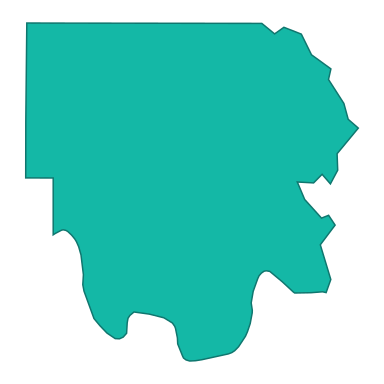 Marshall, Oklahoma, United States of America
{"feature_id": "52423323B10683524910186", "entity_name": "Marshall", "entity_type": "district", "adm_level": 2, "iso_a3": "USA", "parent_name": "United States of America", "parent_adm1": "Oklahoma", "projection": "natural_earth1", "projection_center": [-96.746, 33.999], "detail": "fine", "context": "isolated", "style": "filled", "palette": "teal", "viewbox_px": 384, "rotation_deg": 0, "n_neighbors": 0, "source": "geoboundaries", "source_scale": "gbopen_adm2", "svg_char_len": 1169}
<svg xmlns="http://www.w3.org/2000/svg" viewBox="0 0 384 384"><path d="M54.2,23.1L26.8,23.0L25.8,121.6L25.7,177.9L53.2,178.0L53.2,234.8L55.2,233.5L61.5,230.2L63.2,229.8L65.9,230.4L67.8,231.5L71.7,235.2L74.8,239.0L76.5,241.8L78.7,246.8L81.0,254.9L83.4,274.7L82.8,284.7L84.0,291.1L94.0,318.6L100.1,325.9L107.0,333.1L115.2,338.6L119.5,338.8L123.2,337.1L126.6,333.3L127.2,322.9L128.0,318.3L129.9,315.4L134.0,312.0L149.3,314.1L163.9,317.8L172.4,323.0L174.7,326.3L175.5,328.4L177.4,337.9L177.7,343.9L182.5,355.9L183.5,358.0L186.0,359.9L189.7,361.0L195.6,360.7L201.9,359.7L228.4,353.9L231.8,352.6L234.7,350.7L238.6,346.7L245.5,336.2L247.5,331.6L250.2,323.6L252.2,312.9L252.3,310.3L251.2,302.9L253.2,291.3L257.7,278.7L259.1,275.7L261.4,273.1L264.1,271.2L266.3,270.8L269.8,271.4L282.3,281.8L293.3,292.0L294.7,293.0L311.1,292.7L322.6,291.8L326.1,292.6L330.8,279.5L320.3,244.8L335.1,225.1L328.6,215.3L321.5,218.1L304.7,199.5L297.3,182.0L313.6,182.9L322.1,174.3L330.4,183.9L337.7,170.2L337.1,153.7L358.3,128.1L348.2,119.3L343.9,103.5L328.5,79.5L330.9,68.9L311.5,54.8L301.3,34.1L283.9,27.3L274.6,33.9L261.8,23.4L54.2,23.1Z" fill="#14b8a6" stroke="#0f766e" stroke-width="1.5"/></svg>